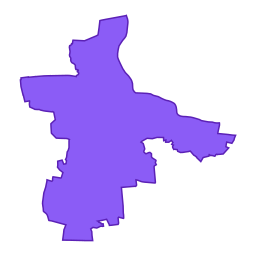 the district of Rundāles pag., Rundales, Latvia
{"feature_id": "27541924B12061124033846", "entity_name": "Rundāles pag.", "entity_type": "district", "adm_level": 2, "iso_a3": "LVA", "parent_name": "Latvia", "parent_adm1": "Rundales", "projection": "mercator", "projection_center": [24.042, 56.399], "detail": "fine", "context": "isolated", "style": "filled", "palette": "violet", "viewbox_px": 256, "rotation_deg": 0, "n_neighbors": 0, "source": "geoboundaries", "source_scale": "gbopen_adm2", "svg_char_len": 5439}
<svg xmlns="http://www.w3.org/2000/svg" viewBox="0 0 256 256"><path d="M62.7,240.1L68.5,240.2L70.0,240.2L78.0,240.4L82.6,240.5L85.5,240.6L92.7,240.6L92.0,235.4L91.8,231.7L91.7,231.4L90.7,228.9L92.4,227.8L92.9,227.4L96.8,228.0L98.4,227.3L98.5,227.3L100.1,226.4L101.5,226.2L102.7,226.4L103.1,226.3L103.5,226.2L103.1,223.8L101.3,223.9L100.9,223.0L100.7,223.0L98.8,222.1L98.7,222.1L98.3,221.3L97.9,221.1L102.3,220.3L106.6,219.3L109.3,224.7L109.4,225.4L111.7,225.2L118.1,224.4L118.6,223.1L118.1,218.0L118.3,217.6L118.7,217.2L123.4,218.4L123.7,218.1L123.6,215.1L123.5,214.2L123.3,213.0L123.3,212.7L123.1,205.9L121.4,187.4L134.8,186.3L135.4,186.3L135.5,186.4L135.8,186.3L136.1,185.9L136.6,185.1L136.0,180.2L136.0,179.8L137.6,180.2L139.6,180.9L140.7,181.4L142.2,181.8L144.4,182.1L153.6,182.9L155.1,183.0L155.3,182.7L155.4,182.3L154.1,167.3L154.1,166.8L154.2,166.4L154.3,166.0L154.5,165.8L156.3,164.7L155.5,163.0L155.4,162.7L155.4,162.3L155.9,161.0L156.0,160.7L155.9,160.5L155.9,160.3L155.7,160.1L152.6,158.1L152.0,157.6L151.6,156.9L151.5,156.7L151.5,156.4L151.5,154.0L151.5,153.8L151.3,153.5L150.0,152.5L149.9,152.4L149.3,152.5L148.7,152.6L146.4,153.6L146.0,153.7L145.5,153.6L145.3,153.4L144.1,152.2L143.8,151.9L143.8,151.6L143.9,150.9L144.1,150.5L144.6,149.4L144.7,149.0L144.7,148.6L144.5,147.9L143.6,144.7L143.3,143.8L143.2,143.5L142.6,143.1L141.6,142.4L141.0,142.1L141.4,141.6L142.3,141.0L146.9,138.4L147.4,138.3L152.3,138.7L157.0,137.4L163.5,137.5L163.7,140.7L164.9,140.3L165.9,140.0L165.9,140.3L165.6,141.3L165.6,142.2L166.4,142.2L168.8,142.2L171.4,140.4L171.5,140.6L172.9,142.5L171.7,144.4L173.4,145.1L172.7,146.3L172.6,146.6L172.7,147.5L172.8,147.7L173.7,149.3L173.8,149.2L177.2,149.6L177.7,151.3L180.5,152.5L182.9,152.4L185.3,152.0L188.9,151.5L189.0,151.4L189.6,151.2L190.3,151.1L193.8,155.2L194.3,155.4L196.6,157.0L196.6,157.5L197.7,158.6L200.3,161.1L200.8,161.6L203.2,157.5L209.0,156.1L209.1,154.8L209.2,154.6L210.3,155.3L210.7,155.6L211.0,155.6L211.6,155.4L213.7,155.9L214.4,156.2L215.3,155.9L215.5,155.7L215.7,154.8L216.6,154.2L217.4,154.4L217.5,154.5L217.6,154.4L217.9,154.4L221.2,154.2L221.3,154.1L223.2,154.0L228.7,147.9L226.8,147.1L226.0,146.6L225.9,146.6L226.1,145.5L226.2,144.8L226.2,144.7L226.7,142.1L231.9,143.3L234.0,140.0L234.1,139.6L234.5,137.9L234.6,137.7L235.6,135.3L232.6,135.1L229.5,134.7L228.2,134.5L217.8,133.5L217.9,132.4L219.5,125.1L219.5,123.6L219.4,122.9L217.0,123.0L214.9,122.8L212.3,122.1L208.4,121.9L204.5,121.2L201.4,120.6L199.6,119.6L196.7,118.7L192.9,117.6L190.6,117.1L188.6,116.9L185.9,116.6L183.1,116.5L181.7,116.3L180.3,116.0L178.9,115.3L178.1,114.8L177.3,113.8L176.8,112.6L176.6,109.8L176.2,107.1L175.5,105.2L174.5,103.7L173.7,103.1L172.3,102.3L170.4,101.4L168.5,100.8L166.1,100.3L164.0,99.5L161.6,98.4L159.2,97.1L158.2,96.6L153.5,95.4L150.7,93.9L147.1,93.4L143.1,93.2L138.6,93.0L135.8,92.9L134.4,91.9L133.0,89.7L132.7,87.7L132.5,83.6L132.1,82.1L131.8,81.1L131.1,79.6L130.1,78.1L128.5,75.9L125.3,72.6L122.7,68.6L120.0,63.0L119.0,60.8L118.2,58.9L117.6,57.0L117.6,53.5L118.2,49.5L119.0,46.0L120.5,43.6L122.5,40.6L124.6,38.1L125.9,36.2L126.9,32.4L127.1,30.1L127.9,22.9L127.9,21.1L127.5,18.9L127.1,17.8L126.3,15.4L125.6,15.7L105.5,19.4L101.4,20.2L99.9,20.6L99.1,27.4L98.1,34.3L97.9,35.0L96.0,36.0L90.7,38.2L88.9,39.0L85.7,40.3L84.6,40.8L73.0,40.2L72.8,41.0L72.7,42.0L72.5,42.7L72.5,43.3L72.4,43.6L72.3,43.8L72.1,43.9L71.9,43.6L71.6,43.7L71.4,44.0L71.1,44.8L70.5,45.5L69.7,45.6L69.5,46.2L69.4,47.3L69.4,47.8L69.6,48.5L69.7,49.6L70.0,51.0L70.0,51.8L69.9,52.8L69.7,54.1L69.5,54.7L69.5,55.2L69.6,55.8L69.7,56.3L70.5,57.6L70.7,57.9L70.8,58.6L70.8,59.5L70.7,59.7L70.7,60.1L70.8,60.4L70.9,60.9L71.0,61.3L71.6,62.3L72.2,62.9L73.6,63.5L74.7,64.5L75.3,65.3L75.4,65.6L75.3,66.4L75.4,67.3L75.5,67.6L75.5,68.3L75.6,68.7L75.7,68.8L75.8,69.2L75.8,69.3L76.1,69.6L76.4,69.4L76.9,69.5L77.8,69.8L78.3,70.2L78.3,70.4L77.8,70.5L77.5,70.8L77.4,71.0L77.3,71.4L77.3,71.5L77.4,71.9L77.6,72.0L78.0,72.0L78.3,72.1L78.6,72.8L78.6,73.2L78.7,73.3L78.6,73.8L78.5,74.0L78.3,74.2L78.3,74.4L78.0,74.6L77.8,74.9L77.5,75.0L77.1,75.2L76.5,75.6L76.2,76.1L76.2,76.5L71.3,75.7L69.7,75.5L67.4,75.4L52.7,75.7L50.3,75.8L50.3,75.7L47.0,75.8L44.0,75.9L37.6,76.4L35.8,76.6L35.7,76.5L35.2,76.6L28.4,77.3L28.4,76.9L21.0,77.9L21.0,78.3L21.1,79.6L20.4,79.9L21.0,86.6L23.1,95.2L23.3,95.2L24.9,101.7L29.5,100.9L29.6,101.0L29.4,104.0L29.4,104.5L29.8,107.0L33.4,108.6L35.0,109.4L36.2,109.4L36.7,109.5L39.4,109.5L40.3,110.0L41.1,110.2L43.6,110.8L45.4,111.1L52.3,111.9L52.7,111.6L53.6,112.2L53.8,112.3L53.8,112.5L55.3,119.7L51.0,123.6L50.9,123.8L51.0,126.7L51.4,133.0L51.5,133.2L51.6,133.5L52.0,133.8L55.7,137.6L56.3,138.1L59.7,138.3L66.6,138.5L67.6,138.7L69.3,139.5L69.2,139.6L69.0,140.9L69.0,141.5L69.0,147.6L68.2,150.3L68.1,150.5L67.2,151.9L66.6,157.0L66.4,157.7L65.5,159.6L66.5,160.6L66.0,163.7L65.9,163.8L63.7,164.1L62.9,162.1L62.1,160.1L57.7,161.2L57.8,165.1L57.5,167.2L59.6,169.9L62.9,172.5L61.3,177.6L61.0,177.9L60.9,178.0L60.6,178.0L57.7,177.5L53.0,176.8L52.9,176.9L52.7,178.1L52.6,178.6L52.6,180.4L52.5,180.5L51.8,181.3L47.0,179.8L46.9,181.2L45.7,187.1L45.4,188.0L44.6,190.6L44.0,192.3L43.9,192.7L43.7,194.0L42.8,200.8L42.6,201.9L42.6,202.1L42.6,202.6L42.6,203.0L42.5,203.3L42.7,204.8L42.9,206.3L43.2,208.2L43.4,211.1L43.6,211.5L46.1,213.5L47.0,214.6L47.6,216.0L48.1,217.7L48.7,219.9L48.8,220.3L49.0,220.5L51.6,220.9L65.9,224.8L64.5,228.5L64.0,229.5L63.7,232.0L63.7,232.3L62.9,238.5L62.7,240.1Z" fill="#8b5cf6" stroke="#5b21b6" stroke-width="1.5"/></svg>